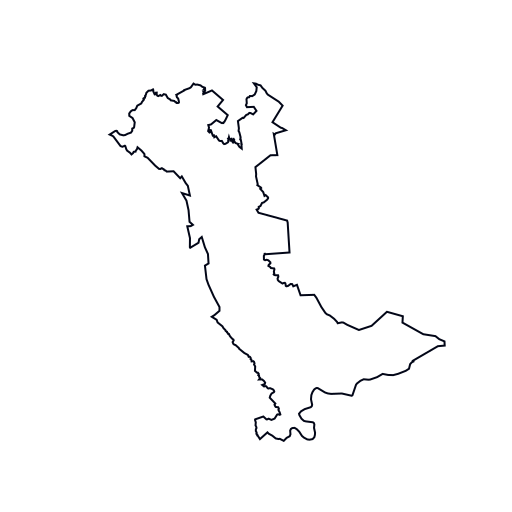 Cocula, Guerrero, Mexico (Robinson projection), rotated 317°
{"feature_id": "50627088B31942029589440", "entity_name": "Cocula", "entity_type": "district", "adm_level": 2, "iso_a3": "MEX", "parent_name": "Mexico", "parent_adm1": "Guerrero", "projection": "robinson", "projection_center": [-99.718, 18.138], "detail": "fine", "context": "isolated", "style": "outline", "palette": "ink", "viewbox_px": 512, "rotation_deg": 317, "n_neighbors": 0, "source": "geoboundaries", "source_scale": "gbopen_adm2", "svg_char_len": 6068}
<svg xmlns="http://www.w3.org/2000/svg" viewBox="0 0 512 512"><g transform="rotate(317 256 256)"><path d="M331.8,93.4L330.0,90.6L328.4,89.3L327.9,87.3L323.4,88.2L321.8,87.9L316.7,85.7L316.5,86.0L307.6,83.8L307.5,84.6L306.9,85.0L306.4,86.1L306.5,87.7L305.1,90.2L304.4,91.1L303.8,91.2L302.7,90.4L302.2,89.8L302.5,89.0L302.0,88.1L302.0,86.9L299.8,84.0L300.0,83.0L299.2,80.3L300.1,76.5L298.9,74.7L296.5,74.7L295.9,74.2L295.8,73.0L293.6,72.4L293.2,71.6L293.4,70.1L294.8,68.8L294.2,68.3L292.4,68.9L292.1,68.7L293.2,65.4L294.0,64.7L294.3,63.9L292.0,63.3L290.1,61.8L287.1,61.9L285.4,63.0L284.2,63.2L284.0,63.8L283.3,63.9L282.8,64.5L281.4,64.0L280.8,64.2L280.6,65.2L277.6,65.6L276.1,66.2L271.7,65.1L269.2,66.2L266.8,66.6L265.2,65.1L263.1,64.8L260.5,65.3L258.9,67.1L259.8,70.9L258.5,75.5L254.8,78.6L254.0,78.9L252.4,78.4L250.9,80.0L248.7,80.5L245.6,79.1L242.8,78.3L241.3,77.3L239.3,74.2L239.1,70.9L239.6,70.0L239.2,69.1L238.0,68.5L231.8,67.4L233.0,70.3L233.2,71.4L231.9,83.2L232.8,85.0L235.3,85.9L235.4,86.4L233.9,89.6L233.6,91.1L234.3,94.6L234.2,96.8L236.3,96.9L237.6,96.4L239.1,97.5L239.6,97.1L242.0,96.6L243.5,95.7L244.1,100.7L244.0,104.4L243.9,105.4L242.4,107.0L243.7,110.2L243.9,121.2L244.5,126.2L245.6,127.3L246.7,127.3L247.2,127.9L247.3,128.8L247.7,129.5L247.5,130.9L248.1,131.6L248.3,133.4L253.5,137.8L253.6,147.4L256.0,147.2L254.3,154.7L254.0,158.2L248.9,166.7L244.8,159.5L242.9,168.1L237.9,176.5L230.7,185.7L231.1,190.2L228.6,189.6L226.0,187.4L219.9,197.9L213.6,204.5L213.5,205.1L223.0,207.1L225.9,205.0L229.3,205.1L224.6,214.7L222.2,221.8L216.2,229.1L212.1,228.2L204.0,239.2L201.7,244.5L197.4,257.1L194.5,268.4L191.9,271.2L185.3,270.9L182.2,270.3L183.7,275.8L182.6,278.4L183.5,284.5L183.0,286.7L183.1,289.3L182.7,290.1L183.1,291.6L182.7,292.0L182.8,293.3L182.5,294.1L183.0,294.6L182.4,296.3L182.2,298.0L182.2,300.6L182.5,301.7L182.1,302.5L180.2,303.0L179.5,304.8L179.7,306.2L180.3,307.1L180.7,311.6L180.4,312.3L181.3,319.0L182.6,322.8L181.9,324.7L182.6,325.1L182.8,325.7L182.6,326.9L181.7,327.7L182.0,328.5L180.9,330.1L182.3,331.1L182.4,332.0L181.7,333.5L180.6,334.0L180.1,336.2L176.9,339.3L177.2,342.2L177.8,342.7L177.6,344.1L176.4,344.7L176.7,345.5L175.9,346.4L175.8,348.1L174.0,348.4L176.3,350.5L176.6,352.9L176.3,354.9L175.1,355.6L172.6,354.6L172.9,356.9L174.1,357.5L174.6,358.3L174.4,360.6L174.6,361.3L176.1,362.2L177.4,365.0L177.4,366.5L176.9,367.6L176.2,367.8L173.6,367.2L171.2,367.9L169.4,369.0L169.5,377.1L168.1,377.4L167.5,379.2L167.5,379.9L169.1,381.8L168.5,383.4L167.7,383.6L167.2,384.4L166.7,386.5L165.7,388.5L165.0,388.3L164.2,386.8L163.3,386.4L158.7,387.6L155.5,386.4L154.3,383.6L152.5,383.0L152.2,382.5L151.9,378.4L144.0,374.9L143.5,375.2L142.4,377.5L140.1,379.6L139.8,380.8L139.1,382.1L137.8,382.6L136.5,383.9L136.1,385.5L135.0,386.3L135.2,387.5L134.5,388.1L134.7,388.9L134.0,392.6L144.1,392.8L144.1,394.6L145.4,398.5L146.0,402.9L147.7,405.3L148.7,405.9L150.2,410.1L154.4,409.9L157.7,410.8L159.6,409.9L161.9,407.0L163.6,406.3L165.2,406.6L167.0,408.0L167.7,410.4L167.8,414.0L166.9,418.9L167.2,421.5L168.4,425.1L169.8,426.8L172.5,428.5L175.1,428.3L177.1,427.0L178.7,425.5L181.2,421.3L183.8,419.0L184.4,417.7L184.2,416.4L179.7,411.0L178.6,409.3L178.3,406.0L179.2,402.0L179.9,400.7L183.0,400.3L187.2,401.2L192.9,403.9L194.3,403.9L195.6,403.1L198.5,398.3L201.6,395.5L204.4,394.1L207.5,393.3L209.3,393.5L210.5,394.0L211.1,394.8L213.4,402.9L214.8,405.5L216.9,408.1L225.0,415.1L230.7,423.5L231.6,423.6L241.3,418.4L242.8,418.1L247.3,418.5L250.7,419.6L253.9,423.2L255.2,424.2L262.0,427.2L268.2,428.6L271.5,433.1L275.1,436.7L279.6,439.1L287.2,442.1L291.0,442.8L295.0,440.2L297.6,440.0L299.1,440.5L299.3,439.6L327.5,446.0L332.9,450.2L335.6,447.0L333.3,441.8L332.6,437.0L325.0,427.3L317.7,404.6L322.3,400.2L313.7,386.1L292.9,385.9L280.8,380.3L275.8,368.6L274.5,364.3L273.5,363.1L269.9,360.9L270.3,359.6L270.3,355.2L269.4,349.8L268.1,347.0L267.9,345.0L269.0,337.9L271.7,327.7L272.1,324.1L261.8,315.1L266.3,305.0L262.6,303.6L263.3,301.3L262.3,300.1L258.9,299.7L257.6,298.9L257.4,298.2L258.8,296.1L258.8,295.3L258.0,294.7L256.6,294.2L255.5,289.9L255.6,288.4L256.4,287.2L258.2,286.4L259.0,285.2L256.9,283.1L256.4,282.2L256.4,281.5L257.5,281.2L258.3,279.7L260.4,278.3L260.8,277.5L258.7,275.0L258.9,273.8L258.3,271.7L259.4,271.1L261.5,271.2L262.2,270.4L262.1,267.6L261.2,266.0L259.8,265.3L259.4,264.0L261.8,261.3L263.4,260.7L264.4,259.7L263.8,260.9L282.9,276.3L302.0,253.1L302.9,251.3L287.3,226.1L288.1,222.5L289.9,223.2L290.5,223.1L291.5,221.9L293.3,222.5L296.6,221.3L298.2,222.1L302.4,222.4L304.1,222.1L304.8,221.4L304.6,218.0L303.2,217.8L304.9,214.1L304.9,209.8L306.2,209.8L306.3,209.3L305.3,205.1L306.2,204.7L310.3,197.8L312.0,196.2L316.2,190.6L335.3,192.2L340.4,196.8L352.3,178.8L352.6,180.0L354.1,179.7L363.6,184.4L362.4,180.3L361.6,179.0L359.3,169.4L378.0,164.2L377.9,158.7L374.7,146.0L374.8,144.3L375.6,141.6L375.3,137.4L375.7,134.3L374.3,132.2L373.5,129.9L372.2,128.3L371.6,133.1L368.7,135.6L365.2,137.0L362.3,136.5L360.6,134.8L359.2,135.2L358.2,134.4L357.5,134.3L356.0,134.8L353.4,138.0L351.5,138.8L350.9,141.0L356.1,145.4L355.3,150.2L350.5,150.5L349.5,147.7L348.7,146.8L346.7,146.9L345.1,146.2L341.0,146.6L340.5,145.8L334.8,145.0L330.6,150.9L328.5,152.7L328.2,154.1L325.7,158.7L325.0,159.1L324.4,160.2L324.0,160.1L323.7,161.4L321.7,164.5L321.5,164.4L318.8,167.7L318.3,164.8L318.9,161.6L319.3,161.7L318.1,159.5L318.3,157.8L316.6,157.5L316.7,156.2L316.8,155.5L319.3,156.0L319.5,155.1L316.6,154.3L317.6,153.4L316.2,152.9L317.3,150.6L316.4,151.2L315.6,151.1L315.3,152.4L314.4,152.6L313.9,153.4L313.0,153.7L310.1,153.1L309.0,152.4L308.9,151.2L309.5,148.6L308.1,147.3L307.7,146.3L308.5,141.2L306.5,140.7L307.5,139.0L306.5,138.5L308.8,133.2L308.4,132.7L307.5,134.4L306.2,134.0L306.2,132.0L309.2,130.1L310.4,127.7L312.8,129.1L319.7,129.5L321.6,135.4L322.8,136.5L323.3,136.1L324.4,136.3L327.1,135.4L331.4,133.7L329.9,120.5L338.3,119.4L336.7,104.9L327.8,101.7L328.2,101.1L329.1,101.6L329.5,101.3L329.7,100.2L330.2,100.8L331.6,100.4L332.0,99.6L331.3,98.6L332.6,98.3L333.0,98.7L333.4,98.1L332.1,95.6L331.8,93.4Z" fill="none" stroke="#020617" stroke-width="2"/></g></svg>